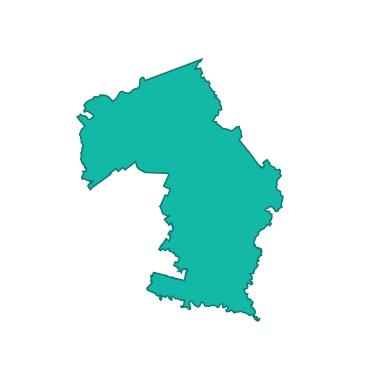 outline of Playa Vicente, Veracruz, Mexico, rotated 45°
{"feature_id": "50627088B74539459356287", "entity_name": "Playa Vicente", "entity_type": "district", "adm_level": 2, "iso_a3": "MEX", "parent_name": "Mexico", "parent_adm1": "Veracruz", "projection": "mercator", "projection_center": [-95.61, 17.758], "detail": "fine", "context": "isolated", "style": "filled", "palette": "teal", "viewbox_px": 384, "rotation_deg": 45, "n_neighbors": 0, "source": "geoboundaries", "source_scale": "gbopen_adm2", "svg_char_len": 6070}
<svg xmlns="http://www.w3.org/2000/svg" viewBox="0 0 384 384"><g transform="rotate(45 192 192)"><path d="M329.3,233.8L328.0,235.9L327.3,235.6L326.9,234.5L326.2,234.3L324.9,235.4L323.8,235.5L322.7,234.8L322.3,233.0L320.6,231.3L318.8,231.6L318.4,230.8L317.7,230.7L315.5,231.5L314.9,230.8L313.6,230.6L313.5,230.1L314.4,229.6L314.4,229.1L313.6,228.5L313.5,227.4L312.4,226.6L310.8,227.3L309.2,226.4L308.0,227.9L306.8,227.7L304.3,226.9L303.4,224.8L302.5,226.0L301.3,225.3L300.1,225.7L297.7,224.0L297.9,223.0L298.9,222.1L299.0,220.8L298.0,219.1L296.0,218.2L295.4,217.2L296.2,216.5L299.1,215.9L299.8,214.2L298.0,213.1L295.7,213.5L295.3,212.4L296.1,210.9L295.3,210.6L294.6,209.6L292.1,208.6L291.3,209.2L290.7,209.0L293.1,205.8L290.8,202.7L291.2,200.6L290.5,197.0L289.5,196.7L287.9,197.0L287.4,195.5L287.8,194.5L286.9,194.4L287.7,193.3L285.8,193.1L285.6,192.7L285.8,191.5L285.2,189.2L285.9,187.8L285.6,187.0L284.2,187.1L283.6,186.4L283.8,185.0L283.4,184.6L282.9,185.2L282.2,185.2L281.8,183.6L280.6,183.6L279.7,184.5L278.8,184.1L278.0,184.9L278.2,185.3L277.1,185.6L275.4,185.6L274.3,184.8L273.3,185.7L272.9,184.9L270.7,183.7L270.6,181.8L269.7,181.0L269.5,179.5L268.8,179.0L269.0,175.4L267.7,173.5L267.4,172.2L267.8,170.0L267.4,169.1L268.7,167.6L268.3,162.9L268.7,163.0L268.8,160.6L270.7,160.9L270.6,158.5L267.9,157.9L267.9,156.5L267.2,156.4L267.3,154.7L264.4,151.3L263.3,151.5L262.8,152.1L260.1,151.0L259.0,152.6L256.5,153.1L256.2,151.4L257.2,149.1L257.2,146.6L261.3,145.9L264.8,146.6L265.9,144.9L265.5,144.5L266.1,144.3L265.3,142.2L266.2,139.0L265.4,138.9L264.3,138.2L259.9,131.2L258.9,130.9L257.0,131.4L254.1,129.1L250.8,130.1L248.4,129.4L246.8,126.4L245.6,125.7L243.9,123.6L243.5,117.4L241.2,117.2L240.7,115.8L239.3,114.3L237.7,114.2L237.3,115.4L234.9,117.1L233.0,116.4L229.4,117.7L227.8,117.5L226.8,116.7L222.1,116.2L221.5,121.2L224.0,121.9L225.5,124.4L223.9,124.8L223.7,126.1L223.1,125.3L222.9,126.1L222.2,125.4L220.5,125.9L202.3,123.1L202.2,123.4L189.2,121.8L187.9,121.0L188.2,120.0L188.0,117.2L186.7,117.1L183.3,114.2L181.0,113.7L179.1,112.3L177.7,114.3L177.1,120.3L176.5,121.5L175.3,121.4L172.0,123.0L169.3,125.2L162.7,125.8L161.6,126.8L159.6,125.1L158.2,126.5L156.7,127.1L155.6,123.0L154.9,122.2L156.1,119.1L154.8,117.2L153.3,116.0L154.6,112.7L152.2,110.8L150.8,110.4L150.3,110.9L147.5,108.0L142.0,107.8L140.6,109.1L141.5,107.3L141.2,106.4L138.8,107.3L137.0,105.1L136.4,106.0L135.5,106.0L129.9,105.1L128.1,103.6L128.2,102.8L127.6,102.5L125.3,102.1L125.0,103.6L122.7,103.3L122.6,103.8L119.2,102.3L118.3,104.6L114.8,103.1L115.9,100.9L110.3,98.4L109.2,100.6L108.8,100.4L107.4,103.0L105.1,95.6L105.8,93.4L105.1,91.2L80.0,146.5L77.3,145.4L76.5,145.5L75.7,146.4L75.4,147.9L75.9,149.3L79.6,153.8L80.5,155.4L80.5,156.3L78.5,160.0L78.0,162.0L78.0,165.3L77.2,167.0L75.2,168.8L71.7,170.1L70.7,171.6L70.6,173.1L72.3,179.1L72.0,183.3L71.6,183.9L65.7,183.8L62.8,184.7L59.1,187.7L58.4,188.7L58.8,190.7L55.6,193.8L55.6,194.8L56.3,196.6L54.9,199.0L53.8,203.2L54.2,206.8L54.8,207.3L57.6,207.8L57.9,210.5L58.8,211.5L59.7,211.2L60.3,209.1L62.4,208.3L67.2,207.5L68.7,208.0L69.1,208.5L68.5,213.3L66.6,214.1L63.7,213.4L59.9,215.7L58.1,215.9L58.6,218.3L57.6,220.0L63.3,220.9L63.5,220.5L64.2,220.9L65.9,220.6L66.8,220.7L67.0,221.2L67.8,220.9L69.6,221.2L70.1,223.3L69.7,223.9L69.8,226.2L71.1,228.4L71.4,230.3L72.2,231.1L74.5,231.5L74.8,232.4L76.9,233.4L78.7,235.3L80.0,235.0L81.6,236.3L83.1,236.4L83.4,238.2L83.1,238.9L84.7,239.7L85.2,241.3L85.8,241.6L85.9,243.3L86.7,243.3L88.4,244.7L89.8,247.2L93.5,249.1L95.0,248.2L95.1,249.5L98.3,249.4L98.8,250.7L99.8,250.6L100.3,250.0L101.1,250.2L102.3,252.0L101.5,252.4L101.4,254.1L100.3,254.7L101.4,255.0L102.4,255.8L103.5,259.4L104.8,260.3L105.6,260.3L106.2,258.7L109.3,258.0L111.0,256.7L112.3,257.2L112.9,256.2L112.9,255.1L113.5,254.4L114.4,254.3L114.6,255.5L113.6,258.8L113.9,261.2L118.4,262.3L118.3,259.3L121.7,238.4L121.9,236.5L120.8,236.3L121.8,229.2L125.2,229.6L126.0,223.4L129.0,223.9L130.6,210.4L134.8,212.9L137.4,213.3L138.6,213.3L145.0,211.3L161.8,195.8L163.6,196.5L167.8,207.9L174.7,205.5L177.5,212.2L175.2,213.0L179.7,224.6L179.4,225.0L180.6,225.1L186.6,228.0L192.2,226.2L192.3,225.1L193.3,224.2L192.8,225.0L191.8,230.8L195.6,231.4L195.8,230.8L199.0,231.8L199.4,229.4L199.6,229.8L200.1,228.9L200.4,229.6L201.9,229.8L203.3,230.7L203.5,229.9L203.9,229.9L205.8,234.7L203.9,235.0L205.0,238.8L206.0,238.4L206.7,237.4L207.3,238.9L208.9,239.0L210.4,242.9L206.7,243.3L207.8,248.1L207.8,250.7L209.1,255.9L211.5,255.5L211.1,253.1L214.6,252.3L215.1,248.5L216.6,249.1L217.4,248.7L217.8,249.8L219.8,248.6L222.2,247.9L222.4,248.5L224.8,247.4L225.3,248.8L229.4,247.2L230.0,247.8L231.8,252.3L229.6,253.2L231.0,256.7L235.6,255.4L235.8,256.1L237.9,255.2L238.5,256.9L238.2,257.6L240.5,256.3L241.6,256.6L239.7,253.2L241.4,252.5L241.6,250.7L242.1,250.9L243.3,249.6L244.0,251.4L245.0,251.5L245.0,252.2L244.4,252.5L244.9,253.8L249.4,259.9L242.1,264.3L242.4,264.8L240.3,265.9L240.0,265.3L237.8,266.6L238.1,267.0L233.8,269.4L233.5,268.9L221.7,276.1L223.4,279.3L223.2,280.3L222.1,280.0L222.7,281.1L223.7,280.6L225.7,284.2L226.6,284.3L227.5,283.6L228.1,284.7L227.4,284.9L228.0,285.0L228.1,292.0L229.6,292.8L238.3,289.6L239.2,290.1L241.7,289.6L242.6,287.3L243.8,288.5L244.1,290.1L246.3,290.7L246.2,289.4L244.4,286.8L245.1,286.0L247.7,285.4L248.0,282.4L249.4,282.4L250.8,283.3L253.2,283.3L254.1,282.2L251.4,281.0L251.3,280.4L251.8,279.6L256.2,279.0L257.4,277.3L260.7,276.4L262.9,273.8L265.8,277.2L266.0,278.8L265.1,280.8L266.3,281.0L268.0,278.6L269.3,277.5L270.5,277.0L272.8,277.0L273.6,276.4L273.0,275.0L268.8,272.6L268.1,271.3L268.4,270.0L269.3,269.6L273.7,270.2L277.8,268.9L278.0,267.0L276.8,264.0L276.9,262.7L277.8,262.4L281.9,263.3L284.9,260.8L285.8,258.5L287.9,256.3L289.0,255.7L291.6,255.6L292.1,254.5L291.4,251.1L292.2,249.9L293.7,250.0L295.0,251.7L295.7,251.7L296.7,250.5L297.2,248.1L298.5,247.6L299.6,248.7L299.8,251.9L301.4,252.0L302.7,250.1L303.5,247.5L307.3,247.6L308.2,245.7L311.6,241.3L313.2,241.0L314.9,239.8L317.6,238.9L320.1,238.5L321.0,236.1L326.3,237.4L329.1,237.1L330.2,235.7L329.3,233.8Z" fill="#14b8a6" stroke="#0f766e" stroke-width="1.5"/></g></svg>